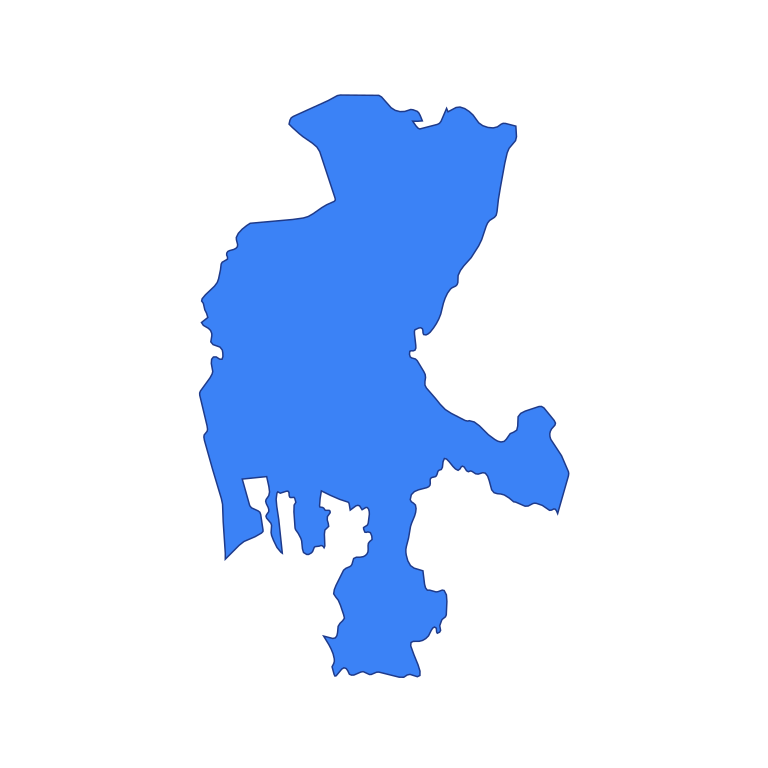 outline of Zacatecas, rotated 342°
{"feature_id": "MEX-2713", "entity_name": "Zacatecas", "entity_type": "State", "adm_level": 1, "iso_a3": "MEX", "parent_name": "Mexico", "parent_adm1": "", "projection": "natural_earth1", "projection_center": [-102.796, 23.104], "detail": "fine", "context": "isolated", "style": "filled", "palette": "blue", "viewbox_px": 768, "rotation_deg": 342, "n_neighbors": 0, "source": "natural_earth", "source_scale": "10m", "svg_char_len": 6168}
<svg xmlns="http://www.w3.org/2000/svg" viewBox="0 0 768 768"><g transform="rotate(342 384 384)"><path d="M589.1,179.5L586.4,189.8L584.3,193.2L575.8,198.5L572.6,202.2L567.2,211.2L555.5,232.9L549.8,243.9L544.7,255.1L542.8,258.2L540.6,259.6L535.0,261.1L532.4,262.8L530.0,265.4L521.5,276.9L516.7,281.9L505.9,290.8L496.4,296.3L491.8,299.6L488.0,303.7L485.6,310.3L484.2,312.1L482.5,313.0L478.5,313.5L476.6,314.2L472.5,317.2L468.7,321.2L465.4,325.6L459.6,335.0L456.2,339.1L452.4,342.8L448.4,346.0L443.9,349.0L441.4,350.0L439.1,350.3L437.0,349.2L436.9,347.4L437.5,345.2L437.6,343.3L436.3,341.8L434.3,341.5L430.1,342.0L429.2,343.3L428.4,346.1L426.2,356.9L425.4,359.7L423.9,361.4L422.0,361.5L420.1,360.8L418.6,360.9L417.4,363.6L417.3,366.3L418.3,367.7L421.6,369.9L422.8,372.1L425.7,384.5L426.1,387.7L425.5,390.7L423.7,394.3L422.6,397.7L423.1,400.9L428.6,413.9L431.1,420.5L434.4,427.2L438.8,432.6L449.9,443.8L452.3,445.2L453.7,445.2L458.1,448.0L461.8,453.2L467.6,464.5L472.3,471.1L474.5,473.5L477.3,475.3L480.6,475.7L483.3,474.3L488.7,470.2L492.2,469.9L496.0,468.9L498.2,465.3L501.4,456.6L504.9,454.2L509.9,453.4L524.4,453.3L526.8,454.0L528.7,456.1L534.6,471.3L535.0,474.2L533.8,476.0L529.5,478.5L527.6,480.4L526.3,482.5L525.6,485.1L525.5,488.1L530.7,507.1L532.3,524.4L532.0,526.3L531.0,528.4L509.1,560.9L508.8,557.7L508.1,555.9L506.8,555.3L504.5,555.7L502.4,555.3L497.0,548.3L492.2,544.7L490.5,543.9L488.7,543.7L483.4,544.6L480.4,543.8L472.7,537.0L470.9,536.1L467.8,531.1L464.1,526.7L461.1,524.7L457.8,523.3L455.1,521.4L453.7,517.9L454.2,508.5L454.1,503.6L452.8,500.1L450.6,498.9L445.7,498.8L443.4,497.7L440.7,494.3L439.4,493.4L437.1,493.5L435.7,492.0L434.6,487.7L433.1,486.3L431.5,486.9L430.2,488.2L427.8,489.0L425.7,486.9L424.1,483.7L421.9,477.9L420.3,474.7L418.4,473.5L416.2,476.1L413.8,481.3L412.1,483.0L409.8,483.0L408.3,483.7L406.4,486.5L405.1,487.7L404.0,488.0L400.6,487.7L399.1,488.2L398.2,489.6L397.3,492.9L396.4,494.5L394.8,495.5L392.6,495.8L384.1,495.3L379.7,495.7L375.8,497.7L373.2,502.1L373.6,504.4L375.2,506.4L376.5,508.8L376.0,512.4L374.4,515.9L372.3,519.0L367.4,524.7L365.2,527.7L359.8,538.0L355.1,545.4L353.7,548.0L352.8,550.8L352.3,553.6L352.0,559.5L353.1,564.9L355.7,568.4L363.3,573.7L360.7,587.0L360.5,590.7L361.5,593.5L363.8,594.2L369.2,597.8L371.2,598.2L375.7,598.0L377.4,599.0L378.2,603.8L376.6,610.3L371.9,622.8L370.5,624.4L366.5,625.9L365.7,626.7L362.3,631.1L361.7,635.8L360.2,637.2L357.7,637.5L357.4,636.2L358.3,632.4L356.9,630.7L354.9,631.2L352.8,632.9L348.5,637.3L345.1,639.0L341.5,639.8L337.9,639.6L332.3,637.8L329.8,638.2L328.5,641.3L328.8,650.6L329.6,661.7L329.5,668.2L328.1,672.3L325.3,672.7L319.0,668.2L316.2,667.9L312.2,669.0L307.8,667.5L290.1,656.4L287.9,655.8L282.2,656.3L280.4,655.8L275.3,651.1L272.9,650.8L265.5,651.5L263.1,650.8L261.4,649.3L260.9,645.4L260.1,642.9L258.2,641.5L255.7,642.1L248.4,646.7L247.1,646.6L246.8,644.8L247.2,636.9L249.8,634.3L251.1,632.4L251.8,629.9L252.2,624.8L251.8,619.6L251.0,614.8L248.7,605.1L256.7,610.2L259.3,610.4L261.4,608.8L263.0,606.1L265.5,600.3L268.2,598.0L271.5,596.4L274.0,594.5L274.3,591.0L274.2,581.0L273.7,575.5L272.3,571.7L271.3,568.0L273.2,564.2L276.2,560.6L288.0,548.6L290.8,547.5L295.2,547.1L296.6,546.6L297.8,545.6L301.2,540.6L304.1,540.2L307.5,541.3L311.0,541.8L313.2,541.4L315.2,540.4L316.8,538.8L317.8,536.5L318.9,532.8L319.9,530.7L321.7,529.4L324.6,528.2L325.4,524.8L325.1,521.1L323.0,519.7L321.2,519.6L320.0,519.0L319.8,515.7L320.2,514.2L324.5,513.1L325.9,511.6L329.8,503.4L330.5,500.9L330.7,498.4L330.0,496.4L328.7,495.8L324.3,496.8L323.1,492.3L321.6,491.3L319.7,491.2L312.9,493.5L313.9,486.7L313.4,485.3L306.3,480.1L298.7,473.4L291.4,466.3L287.8,473.3L285.0,480.1L285.0,481.2L287.4,482.4L288.3,483.4L289.1,486.0L292.8,487.2L293.4,488.2L293.0,489.8L289.2,492.6L288.0,495.8L287.9,499.4L287.4,502.3L282.6,504.7L280.9,508.4L277.7,519.7L276.4,521.2L276.0,519.8L275.2,518.7L274.0,518.1L272.3,518.2L268.2,517.4L267.2,517.8L264.3,521.3L262.7,522.2L259.7,522.8L257.8,522.2L255.4,519.4L255.5,515.5L257.2,507.8L257.2,505.1L256.3,499.7L254.9,495.2L254.9,493.5L258.8,477.8L261.1,471.4L263.6,469.3L263.8,465.2L263.4,464.0L260.2,463.2L259.4,462.5L259.3,461.0L260.1,457.7L259.5,456.2L258.0,455.8L251.6,455.8L249.7,453.7L248.4,454.8L245.8,460.3L244.2,467.2L242.0,480.5L235.0,513.5L234.0,512.2L231.7,506.4L230.6,498.5L230.3,493.3L230.7,490.4L233.4,483.7L233.4,481.4L230.9,475.3L230.9,473.2L232.1,471.9L234.9,469.8L235.6,467.8L235.7,465.7L235.1,461.5L235.2,459.0L236.2,457.4L239.9,454.6L241.8,451.3L242.8,446.0L243.8,435.8L219.8,430.6L218.7,458.2L219.7,460.8L225.1,465.8L226.3,467.6L226.4,470.0L223.8,485.6L223.3,486.9L221.4,487.9L214.2,489.4L202.2,490.5L196.5,492.6L178.9,501.6L180.8,495.8L188.5,465.3L193.3,448.5L193.9,442.8L194.6,412.5L195.8,382.1L196.3,378.8L197.2,376.9L201.2,374.3L202.2,372.5L202.8,369.1L205.3,337.7L205.9,335.6L207.2,334.0L220.4,324.4L223.6,321.4L225.0,319.2L226.1,311.1L227.7,307.2L230.1,305.6L232.8,306.4L235.4,309.6L237.6,310.4L239.3,308.1L240.3,304.6L240.7,301.7L239.4,298.2L233.6,293.7L232.3,290.4L235.2,284.8L235.8,282.7L235.6,279.5L234.2,276.8L230.3,272.4L229.4,269.1L237.0,266.3L237.1,261.8L236.5,258.1L237.1,251.5L236.2,248.7L237.4,246.7L241.7,244.0L253.0,238.6L256.8,235.9L259.2,232.8L263.7,225.0L266.2,219.6L267.7,218.2L273.7,216.9L274.4,214.9L274.2,212.7L274.9,210.9L276.4,209.7L278.2,209.4L282.7,209.6L285.1,209.2L287.0,208.1L287.9,206.1L288.2,201.3L288.8,199.0L292.0,195.7L297.0,192.9L302.3,190.9L306.4,189.8L347.9,199.3L358.6,201.2L363.7,201.3L369.0,200.2L379.5,197.0L384.9,195.8L393.2,194.9L394.5,194.1L394.9,192.2L394.7,143.2L393.4,137.9L390.3,132.8L383.3,123.7L380.8,119.8L376.1,111.7L374.0,107.5L376.1,104.0L378.0,102.2L380.4,101.5L418.5,97.2L428.7,95.3L431.8,95.7L468.3,107.9L470.4,110.3L476.1,123.4L479.2,127.2L483.4,129.9L488.0,131.2L494.3,131.2L496.4,132.2L499.9,135.0L500.9,137.0L501.4,139.9L501.8,145.6L497.1,144.5L492.5,142.9L494.2,148.5L495.5,151.3L496.8,152.5L515.0,153.6L517.3,153.2L519.4,151.8L528.7,141.2L529.0,144.9L538.0,143.3L541.9,144.1L545.9,147.0L549.2,151.1L551.8,155.7L554.8,164.9L557.7,168.8L562.1,172.1L567.0,174.2L571.3,174.5L575.7,173.1L577.8,172.9L580.0,173.7L589.1,179.5Z" fill="#3b82f6" stroke="#1e3a8a" stroke-width="1.5"/></g></svg>